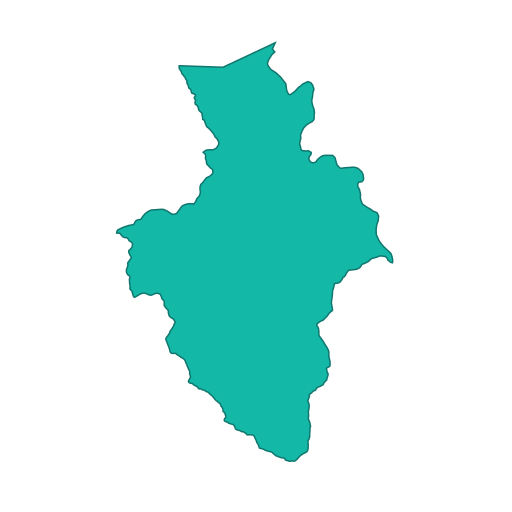 Ngangla, Shemgang, Bhutan, rotated 172°
{"feature_id": "84629894B76990430770482", "entity_name": "Ngangla", "entity_type": "district", "adm_level": 2, "iso_a3": "BTN", "parent_name": "Bhutan", "parent_adm1": "Shemgang", "projection": "robinson", "projection_center": [90.989, 26.895], "detail": "fine", "context": "isolated", "style": "filled", "palette": "teal", "viewbox_px": 512, "rotation_deg": 172, "n_neighbors": 0, "source": "geoboundaries", "source_scale": "gbopen_adm2", "svg_char_len": 6109}
<svg xmlns="http://www.w3.org/2000/svg" viewBox="0 0 512 512"><g transform="rotate(172 256 256)"><path d="M246.9,47.5L245.6,47.8L243.9,48.8L240.8,51.5L239.2,52.5L236.6,53.7L234.9,54.2L232.8,55.2L231.8,56.5L231.2,58.2L230.5,62.3L230.5,64.3L230.2,65.7L228.7,67.8L228.0,69.7L227.6,72.4L226.7,76.2L226.6,77.9L225.7,79.5L225.9,83.7L226.9,87.6L226.2,90.1L225.9,93.1L226.0,94.3L225.0,96.8L224.2,100.1L224.1,101.3L224.4,103.6L224.9,105.3L222.6,109.7L222.6,111.3L219.9,112.8L218.8,113.8L217.6,114.5L216.2,114.6L215.6,115.0L214.8,116.3L212.7,117.7L211.2,117.8L207.6,119.1L206.0,121.3L203.2,123.4L203.0,124.4L201.4,127.6L201.0,129.5L201.7,131.1L201.9,134.8L201.5,135.3L198.5,136.4L197.8,137.7L197.4,141.5L197.9,146.5L197.6,147.1L197.7,148.1L197.2,150.7L197.6,153.1L198.5,155.7L199.2,157.0L201.6,162.7L204.6,168.2L204.7,169.8L204.3,171.9L204.2,175.6L205.0,177.9L205.4,178.4L205.5,179.1L205.0,180.1L204.3,180.8L200.7,182.6L198.5,183.1L193.5,186.9L192.1,188.6L190.5,189.9L188.4,191.2L187.9,191.3L187.7,192.8L187.9,199.2L185.8,206.8L185.0,210.9L183.2,214.6L182.4,217.4L181.0,217.9L178.5,217.8L176.9,218.2L175.1,219.7L173.5,221.5L173.0,222.7L171.6,223.1L170.0,224.6L168.9,226.4L166.2,229.0L158.6,228.8L157.7,229.0L155.0,229.9L153.5,231.4L152.4,232.9L149.0,233.7L145.5,234.9L142.1,237.3L135.5,238.2L134.6,238.7L133.5,238.7L131.4,238.5L127.8,237.4L126.5,235.6L126.1,234.7L125.9,233.5L123.4,230.9L121.8,230.3L121.4,231.5L121.2,233.8L121.5,237.2L122.0,239.5L122.7,240.7L126.4,245.1L128.7,248.1L131.4,252.7L132.1,254.3L134.0,260.8L133.7,262.2L133.4,265.5L132.0,270.3L130.1,273.9L129.6,276.1L129.0,278.3L129.3,279.5L130.2,282.1L133.9,284.2L136.0,286.4L139.1,288.7L142.8,292.0L143.4,292.8L144.1,295.4L144.5,297.5L144.5,299.5L143.9,302.4L144.3,307.6L145.4,310.1L145.5,311.5L145.2,313.2L144.0,314.8L140.9,314.8L139.1,316.3L138.7,317.4L138.6,320.7L138.8,322.2L139.6,324.7L141.7,327.4L143.6,329.1L145.9,330.1L148.2,330.5L155.9,331.0L159.4,331.0L160.9,331.7L163.2,335.2L164.1,342.4L166.0,344.9L170.7,345.7L174.1,346.1L176.4,345.9L179.8,344.3L181.9,342.7L183.7,340.7L186.3,340.3L188.3,341.0L189.7,342.8L190.2,345.4L189.0,347.4L187.4,348.9L186.9,350.9L189.4,352.9L192.0,353.0L195.7,354.0L196.6,355.3L196.8,359.0L197.2,360.7L196.8,362.6L195.2,366.4L195.1,369.5L192.6,374.0L191.3,375.5L190.7,376.6L189.2,377.4L188.7,378.2L184.9,380.1L181.5,381.4L180.2,382.5L179.3,383.8L179.1,386.0L178.1,390.1L178.2,393.6L178.8,396.2L179.2,399.1L179.1,400.8L179.3,401.9L177.9,405.8L176.9,410.1L175.5,412.8L175.5,414.5L176.1,415.7L175.9,416.9L177.7,420.1L180.4,421.5L185.6,419.9L189.0,417.6L190.1,417.3L194.5,413.7L198.4,411.5L199.4,411.1L200.3,411.1L201.2,411.6L202.4,414.9L202.6,416.9L202.5,422.2L203.0,423.3L206.7,429.7L210.4,434.3L215.6,438.9L217.7,443.2L217.9,445.1L216.1,448.6L212.2,453.2L209.0,455.5L211.0,458.6L207.3,464.5L262.4,447.5L305.6,455.1L305.9,452.9L305.9,452.2L304.3,449.0L304.2,447.9L303.7,446.3L303.0,445.5L302.2,443.9L301.5,443.2L301.2,441.5L300.3,439.7L300.1,438.8L300.3,437.0L300.1,435.9L299.4,434.8L299.3,432.7L299.0,431.4L297.6,430.1L297.3,429.3L297.2,427.1L296.8,426.2L296.4,425.8L294.7,425.2L293.7,423.8L293.7,422.9L295.1,421.6L295.0,420.7L294.2,418.7L295.1,416.4L295.0,415.3L294.9,414.5L293.6,413.6L293.0,412.5L292.5,410.7L292.4,408.9L292.1,407.9L289.7,405.1L289.6,404.5L289.8,403.2L289.6,400.9L289.7,398.7L289.1,398.1L288.2,397.6L287.8,394.7L286.8,390.9L284.7,388.7L281.1,383.2L279.7,379.1L278.5,378.3L278.2,377.0L277.4,375.2L277.0,373.6L277.4,371.7L279.1,369.6L280.6,368.2L283.8,367.1L286.6,367.6L289.1,367.8L291.1,367.6L293.9,366.1L292.0,363.6L291.9,362.5L292.5,359.4L291.9,357.3L292.1,354.6L291.8,353.7L290.6,352.0L289.0,349.7L287.3,348.0L286.9,347.1L287.1,344.2L289.0,342.5L291.2,341.2L294.2,340.4L298.6,336.1L300.7,334.6L301.8,332.2L302.2,329.7L302.2,327.0L302.9,324.9L303.8,323.4L306.8,320.8L307.1,320.0L308.5,317.9L310.6,315.9L311.6,316.6L315.0,317.1L318.2,317.0L321.2,316.2L322.7,315.4L328.7,309.2L329.8,308.9L332.2,308.8L333.9,309.5L337.7,312.9L340.8,314.9L343.0,315.4L353.5,316.1L356.5,315.2L359.7,313.5L362.6,311.0L364.5,308.8L365.4,308.3L368.3,308.2L369.7,307.8L371.0,306.6L372.2,304.7L373.9,304.1L377.4,304.0L383.1,303.0L387.4,301.7L389.4,300.9L390.1,300.2L390.8,298.1L388.0,297.6L387.5,297.3L386.3,295.0L384.9,293.3L383.6,292.6L381.0,291.9L380.2,290.7L379.6,288.8L378.6,288.1L377.2,286.7L376.6,285.5L376.8,284.2L377.5,282.1L379.6,280.0L380.9,279.3L381.4,278.7L381.4,276.9L380.8,274.7L379.8,272.6L379.9,271.3L383.9,267.2L384.2,264.7L384.6,263.4L385.8,261.3L386.3,260.1L386.5,258.8L386.5,257.9L386.0,256.1L385.2,254.8L383.9,253.7L383.7,252.3L384.6,250.7L385.0,245.9L384.8,243.6L385.0,242.5L385.4,241.9L385.3,240.6L383.6,238.2L383.6,236.8L382.9,232.7L382.0,232.0L379.5,232.9L375.9,234.5L372.7,235.0L371.0,234.6L366.8,232.1L364.8,231.8L361.9,232.7L359.5,233.0L357.3,232.2L356.2,231.4L355.8,230.8L355.0,226.6L353.2,224.1L353.8,219.7L353.1,218.7L352.9,217.8L350.4,214.3L350.7,212.1L350.3,208.7L348.8,206.9L347.6,205.8L346.8,205.5L345.1,201.8L346.5,199.9L347.6,197.8L351.9,192.9L352.4,191.6L354.9,188.8L355.8,188.1L356.5,187.2L356.9,186.0L354.7,176.6L354.5,173.8L354.0,172.1L352.8,171.3L349.0,170.7L348.2,169.6L347.3,168.8L345.6,167.4L344.5,166.2L343.3,165.5L341.6,163.8L340.8,162.4L340.1,159.3L339.4,157.6L339.5,156.6L338.8,154.9L338.6,153.4L337.8,151.5L337.7,150.4L338.1,148.8L337.7,146.0L337.8,144.8L338.8,143.8L340.4,141.3L340.2,140.6L339.8,139.8L338.5,139.1L336.7,138.6L336.0,137.5L335.0,136.5L332.2,134.6L331.6,133.1L330.7,132.2L329.8,132.5L328.1,131.2L325.2,129.8L324.1,128.6L322.5,127.9L320.5,125.3L318.7,123.3L316.2,119.1L311.9,114.4L311.5,112.1L310.8,111.2L310.2,109.3L310.0,108.1L310.3,106.9L308.7,104.8L308.5,102.9L308.0,101.7L308.0,101.1L310.1,98.8L310.3,97.5L309.8,96.7L307.1,95.1L306.3,94.2L302.0,92.2L301.5,91.6L300.8,89.9L300.4,87.6L299.4,86.7L296.0,85.2L294.7,84.0L293.3,83.8L292.7,83.5L290.5,81.4L289.7,80.1L286.4,79.8L284.3,79.2L283.5,78.7L282.6,77.3L282.4,76.0L281.4,73.0L281.0,70.8L280.2,69.4L279.3,65.3L275.4,63.6L273.6,62.1L267.7,59.6L264.2,55.5L259.3,52.8L256.0,51.9L255.3,50.0L254.5,49.5L251.2,48.0L249.7,48.1L247.6,47.8L246.9,47.5Z" fill="#14b8a6" stroke="#0f766e" stroke-width="1.5"/></g></svg>